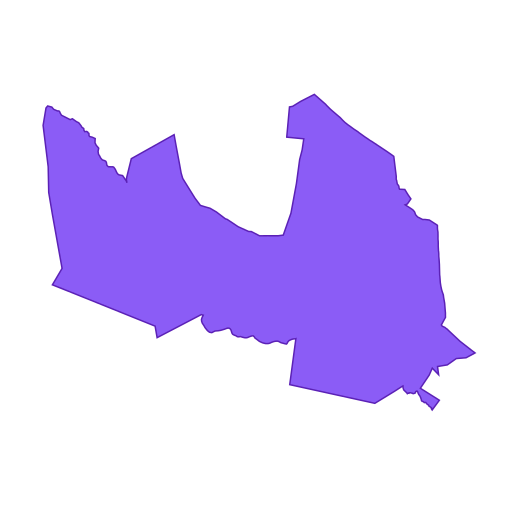 La Compañía, Oaxaca, Mexico (Robinson projection), rotated 353°
{"feature_id": "50627088B41446302433754", "entity_name": "La Compañía", "entity_type": "district", "adm_level": 2, "iso_a3": "MEX", "parent_name": "Mexico", "parent_adm1": "Oaxaca", "projection": "robinson", "projection_center": [-96.841, 16.58], "detail": "fine", "context": "isolated", "style": "filled", "palette": "violet", "viewbox_px": 512, "rotation_deg": 353, "n_neighbors": 0, "source": "geoboundaries", "source_scale": "gbopen_adm2", "svg_char_len": 4263}
<svg xmlns="http://www.w3.org/2000/svg" viewBox="0 0 512 512"><g transform="rotate(353 256 256)"><path d="M439.7,247.5L432.4,241.4L428.0,240.3L425.9,240.1L421.1,236.9L419.4,234.4L418.9,232.0L418.7,231.4L417.8,230.0L417.2,229.2L414.8,227.1L410.3,223.4L412.6,222.8L416.7,218.2L414.3,213.6L411.8,208.1L406.6,207.2L406.3,205.9L406.3,204.2L406.0,203.3L405.0,201.7L404.8,198.1L404.5,197.0L404.9,194.1L404.9,192.4L404.9,188.4L404.9,181.9L404.9,173.9L402.9,172.0L401.0,170.3L398.2,167.8L389.9,160.7L384.9,156.4L384.5,156.1L382.9,154.9L382.7,154.7L381.9,153.9L379.1,151.5L378.3,150.8L375.4,148.1L373.4,146.3L372.3,145.1L368.4,141.8L365.7,139.2L362.6,136.4L362.0,135.6L361.2,135.0L360.1,133.7L358.5,131.7L356.6,129.1L351.2,123.2L349.1,120.9L347.6,119.2L344.7,115.5L344.6,115.4L343.6,113.9L333.6,102.7L325.9,105.5L319.1,108.0L310.6,111.9L307.4,112.1L301.0,141.7L301.0,141.8L317.7,145.5L314.7,156.4L311.1,165.5L304.9,189.2L295.9,217.8L285.6,238.6L280.2,238.6L269.9,237.3L262.0,236.4L254.4,231.2L251.6,230.7L241.9,224.8L231.8,216.1L230.2,215.4L222.1,207.5L216.2,203.0L211.7,201.1L207.0,199.0L202.5,191.2L194.2,173.3L192.7,170.0L191.8,164.5L191.3,155.5L190.1,136.6L189.5,125.6L144.1,144.2L137.3,162.0L137.0,163.1L136.7,164.6L136.8,167.6L136.5,165.9L133.4,159.9L130.3,158.9L130.0,158.8L129.8,158.7L128.9,157.9L128.0,156.3L126.9,152.8L125.7,150.6L124.8,150.0L123.7,149.9L120.3,149.4L119.1,147.9L119.0,146.9L118.9,144.8L118.4,143.6L117.2,142.8L115.2,141.9L113.8,139.9L112.9,137.4L112.1,135.9L112.0,132.9L113.0,129.8L110.9,126.6L110.0,124.0L110.3,122.0L110.7,119.8L108.4,118.4L108.1,118.2L105.4,117.1L104.9,116.1L105.1,114.7L105.1,113.9L104.1,113.0L104.1,112.5L103.1,111.7L101.2,111.7L100.5,110.2L100.6,108.7L100.4,108.3L98.9,107.0L98.2,105.3L96.4,102.3L95.8,101.8L94.2,100.8L90.5,97.4L88.2,98.0L80.1,92.6L79.2,90.6L78.6,88.6L78.0,88.0L76.6,87.8L73.8,86.2L73.0,85.7L71.5,83.3L67.5,81.7L65.6,83.5L60.6,100.4L60.6,142.1L58.0,167.6L59.0,190.3L62.0,244.7L50.4,259.8L72.8,272.1L147.3,313.3L147.9,325.0L194.5,307.5L196.4,308.3L195.3,310.0L194.7,311.0L194.1,312.5L194.1,314.2L194.5,316.1L195.9,318.9L196.7,320.9L197.8,322.7L198.6,324.0L199.7,325.2L200.6,326.0L201.8,326.4L202.8,326.7L204.1,326.2L206.0,325.5L207.7,325.5L209.2,325.6L211.6,325.5L213.6,325.2L215.9,324.8L217.9,324.3L219.4,324.1L220.8,324.5L221.5,325.2L222.2,326.6L222.7,329.5L223.3,330.8L224.6,331.8L226.5,332.8L227.6,333.8L228.8,334.1L230.9,334.1L232.5,334.9L233.6,335.3L234.6,335.7L236.2,336.0L237.8,335.9L239.0,335.5L240.6,335.1L242.3,334.8L243.5,334.9L244.5,336.1L244.9,337.2L246.6,338.8L247.7,339.9L248.9,341.1L250.3,342.0L252.0,343.0L253.5,343.6L254.9,344.1L256.3,344.3L257.9,344.4L259.5,344.1L260.9,343.6L262.7,343.2L264.2,343.0L265.5,343.0L266.8,343.1L268.1,343.6L269.1,344.3L270.2,345.1L271.5,345.6L272.3,345.9L273.4,346.4L274.0,346.6L274.8,346.9L275.6,347.1L276.3,346.4L276.8,345.6L277.6,344.7L278.5,344.0L280.2,343.4L281.8,343.0L283.5,342.9L285.0,343.0L285.5,342.9L273.8,387.8L356.0,416.7L376.9,407.2L385.4,403.1L386.0,402.9L385.9,404.6L386.1,406.0L386.3,406.9L387.0,407.7L387.4,408.3L388.5,409.6L389.1,410.4L389.4,411.1L390.1,410.7L391.1,410.9L391.4,410.4L392.8,410.6L393.4,410.9L394.6,411.3L395.1,411.8L396.1,411.7L396.9,411.5L397.5,411.3L397.7,410.6L398.2,410.0L398.8,409.8L399.2,409.7L399.6,409.9L400.0,410.8L400.2,412.0L400.7,413.4L401.4,414.5L401.8,415.4L402.3,417.3L402.6,418.9L402.6,419.7L403.2,420.5L404.0,420.8L404.5,421.0L405.0,421.9L405.5,422.1L406.6,422.0L407.4,423.3L408.0,424.2L409.1,425.0L409.5,426.3L410.7,427.1L411.6,428.1L411.9,428.5L411.4,428.9L412.1,430.3L420.4,421.5L403.0,407.3L413.4,395.3L417.3,388.8L422.8,396.1L422.7,387.8L432.6,387.4L442.3,382.2L452.1,382.6L461.6,378.9L458.6,376.0L451.4,368.8L450.8,368.2L448.1,365.5L437.6,352.9L437.0,352.0L436.7,351.8L436.0,351.2L434.8,349.9L434.2,349.5L432.3,348.4L431.6,347.0L432.6,345.6L433.5,344.3L435.0,342.2L436.6,340.0L436.8,337.9L437.1,335.6L437.1,335.3L437.2,332.3L437.5,325.8L437.2,320.2L437.2,317.4L436.4,313.7L436.1,311.8L435.8,308.5L435.7,304.8L436.0,298.7L436.0,297.1L437.0,286.8L437.3,281.7L437.4,278.4L437.5,277.7L437.7,275.9L437.8,273.8L437.7,273.6L438.1,268.2L438.4,266.0L438.6,263.9L438.7,261.3L439.1,258.3L439.5,254.5L439.4,251.9L439.5,250.1L439.8,248.0L439.7,247.5Z" fill="#8b5cf6" stroke="#5b21b6" stroke-width="1.5"/></g></svg>